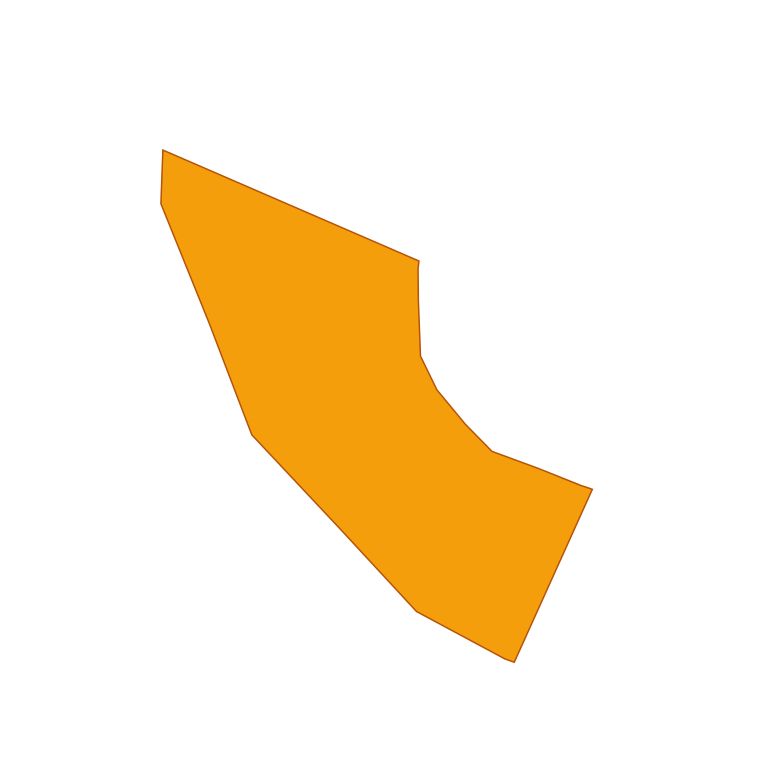 15, Ad Dawhah, Qatar (Albers equal-area conic projection), rotated 64°
{"feature_id": "91078587B20152806481978", "entity_name": "15", "entity_type": "district", "adm_level": 2, "iso_a3": "QAT", "parent_name": "Qatar", "parent_adm1": "Ad Dawhah", "projection": "albers", "projection_center": [51.541, 25.276], "detail": "fine", "context": "isolated", "style": "filled", "palette": "amber", "viewbox_px": 768, "rotation_deg": 64, "n_neighbors": 0, "source": "geoboundaries", "source_scale": "gbopen_adm2", "svg_char_len": 421}
<svg xmlns="http://www.w3.org/2000/svg" viewBox="0 0 768 768"><g transform="rotate(64 384 384)"><path d="M691.2,388.9L570.0,242.9L560.9,252.1L527.9,282.0L491.9,316.5L455.9,328.5L412.5,339.0L384.2,339.0L375.0,339.0L324.0,316.5L295.6,303.0L288.8,298.7L76.8,480.2L124.2,505.5L253.2,514.5L349.3,523.1L371.8,525.1L493.3,487.5L602.8,454.5L683.9,396.0L691.2,388.9Z" fill="#f59e0b" stroke="#b45309" stroke-width="1.5"/></g></svg>